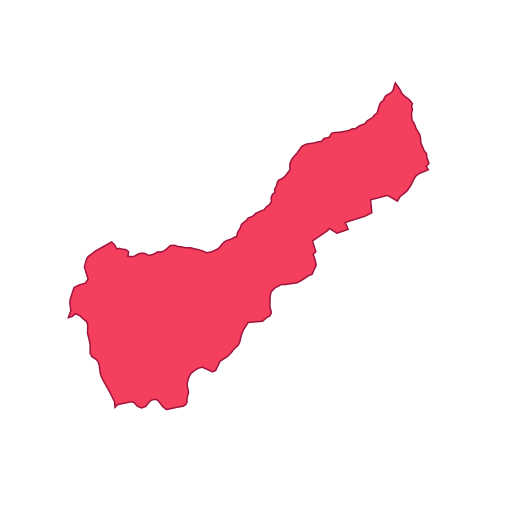 Belém do Brejo do Cruz, Paraíba, Brazil (Robinson projection), rotated 161°
{"feature_id": "56859067B47597011454876", "entity_name": "Belém do Brejo do Cruz", "entity_type": "district", "adm_level": 2, "iso_a3": "BRA", "parent_name": "Brazil", "parent_adm1": "Paraíba", "projection": "robinson", "projection_center": [-37.396, -6.149], "detail": "fine", "context": "isolated", "style": "filled", "palette": "rose", "viewbox_px": 512, "rotation_deg": 161, "n_neighbors": 0, "source": "geoboundaries", "source_scale": "gbopen_adm2", "svg_char_len": 3054}
<svg xmlns="http://www.w3.org/2000/svg" viewBox="0 0 512 512"><g transform="rotate(161 256 256)"><path d="M265.5,194.4L262.5,194.8L259.9,197.4L259.3,203.7L256.0,212.8L253.6,217.0L248.6,219.6L241.4,220.8L238.0,219.6L225.7,217.3L219.1,218.5L212.4,220.4L209.0,220.4L202.0,227.8L201.4,233.0L201.4,239.1L198.0,240.5L197.8,251.8L185.0,255.3L179.8,256.8L177.6,258.1L172.1,251.2L160.2,251.2L160.8,258.6L144.7,258.3L140.5,258.1L132.4,259.2L129.4,271.8L111.9,270.5L104.4,261.8L100.5,265.2L92.5,268.1L87.2,271.8L81.2,277.7L78.7,279.6L75.1,280.8L65.0,281.5L66.0,285.3L62.3,287.3L62.3,290.7L62.4,293.8L61.4,297.3L62.7,300.6L62.9,303.9L63.3,309.3L62.3,312.8L61.7,317.4L62.3,321.1L63.2,324.2L63.1,327.0L63.3,330.0L64.2,333.3L63.7,336.2L62.6,340.1L60.3,343.7L60.2,347.1L58.5,349.0L59.6,352.5L61.2,355.6L62.9,357.8L65.0,361.6L65.7,366.4L66.4,369.1L67.9,374.3L69.9,371.8L72.0,368.6L74.4,366.7L77.3,365.9L80.3,365.6L83.0,364.0L84.7,361.6L87.9,360.7L90.0,358.7L92.4,355.4L94.9,351.8L98.6,350.4L101.1,348.8L104.4,348.2L107.4,347.4L109.5,345.7L112.2,345.5L115.1,345.6L118.3,344.7L121.2,343.9L123.5,345.0L126.1,344.5L129.3,344.6L132.9,345.2L136.8,345.8L140.9,347.0L144.7,347.4L147.8,344.6L150.4,344.6L153.5,345.0L156.9,342.9L159.9,343.7L164.5,344.0L172.0,345.4L176.9,344.9L179.1,343.2L181.5,341.6L183.8,339.8L186.5,338.4L190.5,336.0L193.4,332.9L194.8,330.1L195.7,326.6L199.6,323.9L203.2,321.6L206.7,320.6L210.0,320.3L212.0,318.5L214.1,315.3L216.9,312.8L217.3,309.9L220.3,309.0L222.7,306.3L223.6,302.7L226.8,300.0L230.2,299.1L233.1,297.1L237.5,296.9L240.1,296.6L242.6,296.4L244.9,295.1L247.6,294.5L251.0,294.5L253.4,292.8L256.3,291.9L259.3,290.7L262.3,287.1L265.9,284.1L267.9,280.7L270.5,280.7L273.2,280.2L275.8,280.1L278.6,280.2L281.4,279.6L284.8,278.0L287.5,276.0L290.3,275.1L296.4,274.4L301.6,275.1L304.3,277.7L308.8,281.0L312.0,282.9L315.0,285.0L320.0,286.8L323.7,289.0L326.9,290.5L329.4,292.6L333.4,293.8L338.8,291.5L342.0,290.6L344.8,290.9L347.6,291.9L350.3,291.4L353.3,291.0L357.4,291.5L360.4,294.7L363.0,295.9L366.9,296.3L371.2,295.3L373.9,295.9L377.2,297.4L375.1,301.4L377.0,304.5L380.1,305.9L382.6,307.7L385.3,308.1L386.0,312.3L387.9,316.3L405.8,313.1L415.2,310.0L417.7,307.6L421.8,301.6L422.3,288.8L426.2,285.9L432.6,286.2L438.3,285.4L445.5,276.0L447.4,272.1L448.8,264.7L453.5,258.8L449.5,258.7L445.5,260.2L441.9,256.8L439.6,252.3L437.5,249.1L437.6,245.3L440.4,238.0L441.5,226.6L443.2,221.8L444.5,218.1L443.9,214.2L440.6,209.9L439.7,207.3L439.8,204.1L441.5,195.4L441.5,192.4L440.7,186.4L438.5,174.4L437.2,164.3L438.6,158.8L435.1,160.5L421.4,158.8L419.2,157.4L417.0,152.5L413.8,149.6L409.2,149.6L405.2,152.3L402.7,153.6L399.9,153.7L396.8,152.7L395.4,150.4L393.2,143.8L390.6,139.9L380.0,138.7L373.8,137.7L371.1,138.2L368.9,140.1L367.4,144.3L364.1,149.0L363.6,153.5L362.9,157.3L360.1,161.8L357.4,164.8L355.4,166.3L351.1,167.8L347.0,168.7L343.1,168.4L334.8,160.6L331.5,160.9L324.3,168.1L315.4,170.4L310.8,172.7L307.4,175.0L301.9,177.4L299.2,180.2L296.0,185.4L292.3,189.9L285.1,195.7L271.1,192.2L265.5,194.4Z" fill="#f43f5e" stroke="#9f1239" stroke-width="1.5"/></g></svg>